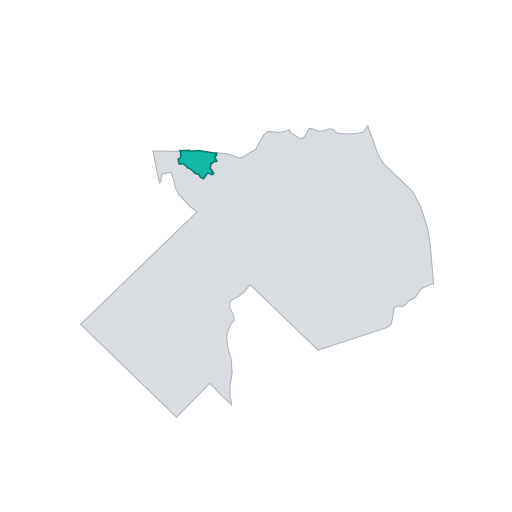 Morales, Izabal, Guatemala shown in context, rotated 224°
{"feature_id": "79465075B97649712901036", "entity_name": "Morales", "entity_type": "district", "adm_level": 2, "iso_a3": "GTM", "parent_name": "Guatemala", "parent_adm1": "Izabal", "projection": "robinson", "projection_center": [-88.797, 15.422], "detail": "fine", "context": "in_parent", "style": "filled", "palette": "teal", "viewbox_px": 512, "rotation_deg": 224, "n_neighbors": 0, "source": "geoboundaries", "source_scale": "gbopen_adm2", "svg_char_len": 6143}
<svg xmlns="http://www.w3.org/2000/svg" viewBox="0 0 512 512"><g transform="rotate(224 256 256)"><path d="M108.9,359.3L110.9,357.2L112.5,352.2L114.5,347.1L113.3,341.2L112.6,336.4L114.9,329.4L114.7,324.2L115.7,321.0L119.1,318.9L120.9,314.9L111.4,301.2L111.5,298.1L112.7,294.2L120.5,279.6L129.7,262.1L139.9,242.9L146.0,231.4L168.2,231.3L182.9,231.3L201.5,231.3L221.7,231.3L235.0,231.3L240.5,231.1L239.6,223.6L240.3,215.3L242.7,207.8L242.8,204.4L238.8,200.4L231.1,198.0L226.9,194.4L226.9,189.8L225.0,184.3L221.3,177.8L213.6,171.2L202.0,164.4L192.0,155.3L183.9,143.9L176.9,136.6L171.6,133.5L170.3,131.9L186.0,132.0L200.8,132.2L200.9,115.8L201.1,101.2L201.2,84.8L228.0,84.9L260.1,84.9L293.3,84.9L319.4,84.9L334.7,85.0L334.0,105.3L333.2,128.9L332.6,146.2L331.8,169.4L331.0,193.0L329.8,225.3L329.1,246.1L329.4,246.6L338.2,245.6L351.1,246.5L354.3,246.4L358.2,248.2L361.3,248.8L367.8,253.5L375.6,257.0L380.5,249.9L377.9,245.5L376.0,243.3L376.2,241.4L403.1,260.0L399.9,262.8L393.1,269.5L380.7,280.8L369.6,290.9L359.0,300.1L349.3,308.4L348.2,309.2L336.0,315.1L334.0,317.8L331.3,329.5L330.2,332.4L332.4,338.9L334.6,348.9L333.9,354.1L325.4,360.6L321.5,366.4L319.8,370.2L318.3,369.2L315.7,368.9L309.7,370.3L306.8,370.7L304.3,372.3L304.1,375.9L305.7,381.8L306.3,384.8L304.6,386.2L297.2,389.7L294.2,393.2L291.4,398.6L288.2,400.9L284.8,400.4L282.4,401.2L277.2,405.3L269.4,413.1L265.3,418.9L265.2,423.3L266.0,427.2L237.8,413.4L228.4,411.0L188.8,411.3L171.8,405.9L152.5,395.4L139.4,385.9L108.9,359.3Z" fill="#d9dde1" stroke="#a8b0b8" stroke-width="1"/><path d="M347.5,274.8L347.5,275.0L347.5,275.3L347.5,275.5L347.5,275.8L347.6,276.0L347.6,276.3L347.6,276.5L347.7,276.8L347.8,276.9L347.8,277.0L347.7,277.1L347.7,277.7L347.7,277.8L347.8,277.9L348.0,278.0L348.0,278.3L347.9,278.7L347.8,278.8L347.8,279.0L347.9,279.4L348.0,279.6L348.2,279.9L348.2,280.1L348.3,280.1L348.4,281.1L348.4,281.4L348.3,281.7L348.3,281.9L348.2,282.1L348.1,282.3L347.9,282.5L347.7,282.6L347.6,282.8L347.3,282.8L347.0,282.9L346.5,283.0L346.3,283.1L346.2,283.2L346.1,283.3L345.9,283.4L345.6,283.5L345.2,283.6L345.0,283.8L344.5,283.9L344.5,284.0L343.8,284.3L343.7,284.5L343.7,284.8L343.8,284.9L344.0,285.0L344.1,285.4L344.2,285.9L344.2,286.1L344.3,286.4L344.4,286.5L344.5,286.6L344.8,286.3L345.0,286.2L345.3,286.2L345.5,286.1L345.9,285.8L346.2,285.9L346.2,286.0L346.3,286.1L346.4,286.5L346.5,286.6L346.5,286.8L347.0,286.9L347.2,287.0L347.7,287.1L348.1,287.0L348.5,287.1L349.2,287.0L349.6,287.0L349.9,287.2L350.2,287.6L350.4,287.9L350.5,288.0L350.6,288.3L350.7,288.6L350.9,289.1L351.2,289.6L351.4,289.9L351.6,290.0L352.1,289.9L352.4,290.0L352.5,290.2L352.7,290.5L352.8,290.7L352.7,291.0L352.4,291.2L352.4,291.3L352.3,291.5L352.1,291.6L352.1,291.8L352.4,291.9L352.4,292.2L352.1,292.3L351.9,292.5L351.8,293.2L351.9,293.3L351.9,293.8L352.0,294.2L352.0,294.9L351.9,295.0L351.8,295.4L351.6,295.4L351.1,295.3L350.8,295.5L350.6,296.1L350.2,296.5L349.9,296.9L350.0,297.1L351.0,297.3L351.4,297.4L351.8,297.8L352.0,297.9L352.2,297.7L352.4,297.7L352.5,297.6L352.7,297.4L352.8,297.3L353.0,297.4L353.1,297.5L353.3,297.6L353.5,297.7L353.6,297.9L353.7,298.0L353.9,298.5L354.2,298.8L354.2,299.0L354.3,299.2L354.7,299.2L354.8,299.3L354.7,299.7L354.7,299.8L354.5,300.1L354.6,300.4L354.6,300.6L354.4,300.9L354.2,301.3L354.3,301.5L354.5,301.6L354.8,301.6L355.0,301.5L355.2,301.4L355.4,301.4L355.5,301.6L355.7,301.8L355.9,302.2L355.9,302.3L356.0,302.4L356.0,302.5L356.1,302.4L356.4,302.0L357.0,301.5L357.2,301.3L357.4,301.1L357.5,301.1L357.7,300.9L357.8,300.8L358.3,300.4L358.5,300.3L358.6,300.2L359.1,299.9L359.3,299.8L359.4,299.7L359.6,299.5L359.8,299.4L360.1,299.2L360.3,299.1L360.5,298.9L360.8,298.7L361.0,298.6L361.2,298.4L361.3,298.4L361.6,298.2L361.8,298.1L362.1,297.9L362.3,297.7L362.6,297.5L362.9,297.3L363.0,297.2L363.3,297.1L364.0,296.6L364.5,296.2L364.9,295.9L365.0,295.9L365.5,295.5L365.9,295.3L365.9,295.2L366.3,295.0L366.5,294.8L366.8,294.6L367.0,294.5L367.4,294.3L367.7,294.0L368.4,293.6L369.8,292.6L370.0,292.5L370.1,292.4L370.4,292.1L370.5,291.9L371.1,291.4L371.3,291.1L371.5,291.0L371.7,290.7L371.8,290.5L371.9,290.4L372.0,290.4L372.1,290.2L372.3,289.9L372.5,289.8L372.7,289.5L373.0,289.2L373.4,288.7L373.5,288.6L373.6,288.4L374.1,287.9L374.2,287.7L374.3,287.7L374.5,287.4L374.7,287.2L374.8,287.1L374.9,286.9L375.1,286.8L375.5,286.3L375.9,286.2L376.1,286.0L376.3,285.8L376.6,285.7L376.9,285.8L377.0,285.9L377.4,285.5L377.7,285.3L378.0,285.2L378.2,284.9L378.3,284.6L378.5,284.5L378.5,284.4L378.6,284.2L378.7,283.9L378.8,283.7L379.0,283.7L379.3,283.6L379.8,283.3L379.8,283.2L380.3,282.6L380.8,282.1L381.3,281.6L381.4,281.4L381.6,281.3L381.7,281.1L381.8,281.1L382.1,280.7L382.6,280.2L382.9,279.7L383.1,279.6L383.6,279.3L383.9,279.0L383.7,279.0L383.3,278.9L383.1,278.8L382.6,278.7L382.4,278.6L382.1,278.2L381.9,277.8L381.8,277.5L381.5,277.2L381.3,277.1L381.1,277.0L381.0,276.9L380.4,276.8L380.0,276.7L379.9,276.6L379.8,276.3L379.8,275.7L379.7,275.5L379.5,275.3L379.3,275.2L379.1,275.0L378.7,274.7L378.5,274.4L378.4,274.4L378.4,274.0L378.6,273.5L378.7,273.2L379.1,272.4L379.2,271.9L379.2,271.5L379.1,271.3L378.9,271.2L378.6,271.0L378.2,271.0L377.9,270.9L377.6,270.5L377.5,270.4L377.4,270.2L377.1,269.8L376.7,269.4L376.3,269.2L375.6,269.1L375.2,269.0L374.9,269.2L374.5,269.2L374.1,269.5L373.9,269.7L373.8,269.9L373.7,270.5L373.6,271.0L373.4,271.4L373.2,271.5L372.5,271.6L372.3,271.6L371.4,272.0L371.0,271.8L370.9,271.8L370.5,272.0L370.2,272.2L369.9,272.2L369.6,272.1L369.1,272.0L368.1,272.1L367.7,272.0L367.2,271.9L366.8,271.9L366.6,271.8L366.3,271.9L365.9,272.2L365.7,272.3L365.3,272.6L364.8,272.7L364.7,272.8L364.4,272.9L364.2,272.9L364.1,273.0L363.9,273.0L363.4,273.0L362.9,273.0L362.6,273.1L362.0,273.0L361.8,273.0L361.7,273.1L361.4,273.3L361.1,273.4L360.5,273.3L360.3,273.2L360.0,273.1L359.8,273.1L359.7,273.2L359.4,273.5L359.2,273.4L358.9,273.2L358.5,273.2L357.6,273.2L357.6,273.3L357.1,273.3L356.4,273.3L356.2,273.4L355.7,273.9L355.3,274.2L355.2,274.3L354.6,274.7L354.2,274.9L353.5,275.0L353.4,274.9L353.2,274.6L352.6,274.6L351.2,274.1L350.6,274.1L350.4,274.1L350.1,274.2L349.2,274.8L348.9,274.9L348.2,274.9L347.9,274.9L347.5,274.8Z" fill="#14b8a6" stroke="#0f766e" stroke-width="1.5"/></g></svg>